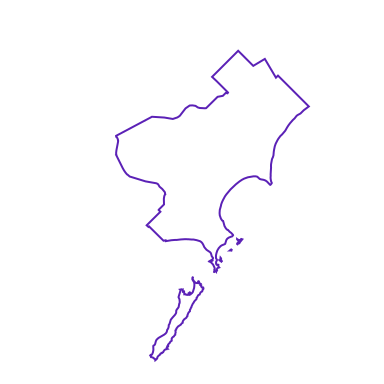 outline of Rockingham, Western Australia, Australia, rotated 225°
{"feature_id": "25037944B36908504302594", "entity_name": "Rockingham", "entity_type": "district", "adm_level": 2, "iso_a3": "AUS", "parent_name": "Australia", "parent_adm1": "Western Australia", "projection": "orthographic", "projection_center": [115.705, -32.307], "detail": "fine", "context": "isolated", "style": "outline", "palette": "violet", "viewbox_px": 384, "rotation_deg": 225, "n_neighbors": 0, "source": "geoboundaries", "source_scale": "gbopen_adm2", "svg_char_len": 5911}
<svg xmlns="http://www.w3.org/2000/svg" viewBox="0 0 384 384"><g transform="rotate(225 192 192)"><path d="M175.8,138.7L172.5,143.3L170.2,146.0L169.0,147.2L166.4,150.5L163.4,153.9L160.7,156.4L158.8,158.0L157.4,159.4L154.7,161.2L152.1,162.6L151.2,163.0L149.8,163.2L148.4,163.1L146.9,162.7L144.2,161.7L140.9,161.4L136.8,162.2L135.9,162.2L135.0,161.9L132.5,160.5L130.7,160.3L130.2,159.9L129.9,159.0L129.9,158.6L130.8,155.0L130.6,155.0L129.7,158.4L129.0,158.1L129.4,156.4L130.0,156.2L130.0,155.8L129.5,155.6L128.1,155.7L125.8,155.6L122.5,154.4L121.6,153.7L121.2,152.7L120.3,152.4L120.2,151.5L119.9,151.1L119.7,151.2L119.8,151.9L119.1,152.7L118.7,152.7L119.0,153.0L119.0,153.3L118.7,153.7L118.9,154.3L119.3,154.3L119.8,154.7L120.1,156.0L120.0,156.8L119.5,157.8L120.0,157.8L120.9,158.4L121.3,158.4L121.8,158.7L122.0,159.1L122.5,158.8L122.7,158.1L123.6,158.0L124.5,158.5L125.6,159.7L126.1,161.3L126.5,161.7L128.3,162.2L130.2,164.1L131.5,166.1L132.7,168.5L133.4,171.2L133.5,174.0L133.2,175.4L132.1,178.0L131.9,178.8L133.7,182.2L134.0,183.4L134.0,184.3L133.7,185.9L132.5,188.6L132.2,189.1L132.4,190.5L132.8,190.7L135.3,190.8L137.2,190.5L139.8,190.6L140.1,190.3L140.6,190.2L142.2,190.2L144.9,190.9L149.5,193.5L150.1,193.2L150.6,193.2L152.7,193.6L155.8,195.1L157.6,196.6L159.7,199.0L161.9,202.9L162.5,203.7L163.5,205.8L164.4,208.2L165.6,212.2L166.0,214.5L166.6,221.1L166.4,228.5L165.9,233.0L165.3,236.0L164.6,238.3L162.9,241.9L159.5,246.7L158.2,248.0L156.8,248.9L156.1,249.0L153.4,249.1L152.2,249.7L149.9,251.3L148.1,252.1L146.2,252.4L141.9,252.3L141.7,252.4L141.6,252.9L141.8,254.5L142.1,254.9L143.3,255.3L144.6,256.1L146.4,257.5L148.1,259.4L148.8,260.0L153.5,265.3L154.3,266.0L155.7,267.5L158.6,271.7L159.0,272.6L159.3,273.6L160.3,275.5L162.5,278.1L163.7,279.7L165.8,282.9L167.0,285.4L168.1,288.8L168.6,290.7L169.1,294.1L169.0,296.3L169.4,301.3L170.4,304.9L170.9,307.2L171.3,309.9L171.6,314.1L171.5,316.5L171.9,319.9L171.7,321.2L170.8,324.2L170.8,328.8L170.3,332.3L169.9,335.1L213.5,335.1L213.5,332.2L234.6,337.6L237.9,324.5L259.2,324.5L259.2,287.6L253.5,287.8L236.9,287.8L236.7,286.9L238.2,285.9L238.2,281.8L241.2,277.4L241.3,261.3L242.0,260.4L245.9,256.9L247.7,255.9L250.4,255.4L252.9,253.6L254.8,251.5L255.7,246.6L254.7,238.8L254.5,237.5L254.7,235.9L255.1,234.3L257.2,230.1L264.2,225.1L273.5,216.9L285.4,178.0L285.3,177.9L284.8,177.6L284.7,177.8L282.5,177.2L280.8,176.3L280.7,176.0L280.1,175.6L279.3,174.5L274.9,168.0L273.3,166.0L272.3,165.1L271.2,164.5L271.3,164.4L257.9,159.9L255.4,159.2L252.7,158.7L250.4,158.5L249.7,158.7L247.0,158.9L232.3,166.7L223.6,172.8L222.8,173.2L221.4,173.5L218.7,172.8L215.2,173.1L211.3,172.7L210.6,172.4L209.6,171.5L209.3,171.5L209.1,170.4L208.7,169.5L207.1,167.3L203.0,163.4L203.0,155.9L202.9,155.7L200.4,155.7L200.5,136.4L198.1,136.5L198.0,137.3L177.7,137.4L176.5,139.2L175.8,138.7ZM106.5,84.9L106.8,86.9L106.1,90.4L106.4,91.7L106.1,92.9L106.3,93.2L107.0,93.9L107.3,94.9L107.5,96.5L107.1,99.0L107.2,99.6L107.6,100.5L107.5,101.1L108.2,101.8L108.8,103.3L109.2,104.3L109.2,106.3L110.1,107.1L110.2,107.8L110.8,109.2L110.9,110.0L111.4,110.7L112.5,113.8L112.6,115.1L112.9,115.6L113.1,116.8L113.1,119.2L113.3,119.8L113.9,120.3L113.9,120.9L114.6,123.2L114.5,124.0L114.1,124.8L114.9,126.9L114.8,128.2L114.5,128.9L115.3,130.3L115.3,131.0L115.5,131.7L116.5,132.4L116.9,132.3L117.4,131.8L117.4,131.6L118.4,131.6L119.2,132.0L119.5,132.6L119.8,132.5L119.9,132.3L120.1,132.2L120.2,132.7L120.8,132.9L120.9,133.2L121.6,133.0L121.5,132.6L122.3,132.4L123.5,133.5L124.2,133.6L124.4,133.3L124.2,132.7L123.8,132.2L123.7,131.5L124.4,130.8L125.0,130.5L126.1,130.3L127.5,130.3L129.6,130.8L130.3,131.3L130.9,132.2L131.2,132.1L131.2,131.9L130.7,131.2L130.0,130.5L129.1,130.2L126.5,129.6L125.0,128.4L124.0,127.3L122.7,125.7L120.7,121.9L120.5,120.4L120.8,119.5L122.6,119.5L122.8,118.1L122.7,118.1L122.4,119.2L122.2,119.3L120.7,119.2L120.6,118.8L120.8,118.1L121.2,117.3L121.8,117.2L121.8,116.9L122.3,116.2L123.4,115.3L123.8,115.1L124.3,115.2L125.1,114.2L127.3,116.1L127.5,115.9L127.3,115.8L127.9,115.0L129.5,116.4L129.6,116.0L130.5,115.9L131.4,114.6L130.9,114.6L130.4,114.1L127.3,108.3L127.0,108.0L125.0,107.3L123.1,105.7L122.3,104.8L122.0,103.9L120.1,101.2L119.8,99.8L119.7,98.5L119.4,97.3L119.1,96.8L117.9,95.5L117.6,94.9L117.2,93.3L117.0,89.6L116.7,86.7L114.7,83.0L114.3,81.4L113.6,80.7L112.7,79.4L112.2,78.0L112.1,77.1L111.0,75.3L110.7,74.4L110.6,73.2L110.8,71.5L112.5,65.1L112.6,62.5L112.1,61.0L110.5,58.3L110.3,57.2L110.6,56.2L110.5,55.7L107.6,53.0L106.2,50.9L105.5,49.2L105.4,48.4L105.5,48.0L106.0,47.7L106.0,46.9L105.3,46.8L104.5,46.4L104.4,46.7L103.0,46.9L102.1,47.5L100.7,47.4L100.2,47.7L99.5,47.5L99.0,47.1L98.9,48.0L98.9,49.3L99.0,49.8L99.3,50.1L99.6,50.6L99.8,51.5L99.9,52.8L99.6,53.9L100.0,55.4L99.8,55.9L99.5,56.3L99.5,56.5L99.7,56.8L99.3,57.1L99.2,58.1L99.1,58.4L99.4,58.9L99.7,60.8L99.6,61.5L99.5,61.9L99.2,62.2L99.1,62.7L98.8,63.0L99.1,63.5L98.6,63.9L99.3,64.0L99.6,63.8L99.8,64.0L99.7,64.9L100.2,65.2L100.1,65.3L99.8,65.3L99.7,66.0L100.0,66.3L100.3,66.1L100.6,66.9L101.0,67.2L101.1,68.5L101.0,69.5L101.3,70.1L101.4,71.2L101.2,72.5L102.6,73.8L102.9,74.6L103.0,75.7L102.7,77.1L103.0,78.2L102.9,79.2L103.8,80.2L104.3,81.2L105.7,82.2L105.9,82.6L105.8,83.4L106.5,84.4L106.5,84.9ZM123.0,188.7L122.3,189.2L122.3,189.5L122.6,190.1L123.0,194.1L124.0,193.6L124.0,193.3L123.6,193.0L123.6,192.4L124.3,191.9L124.6,191.3L125.2,190.9L125.7,190.9L125.9,190.7L126.8,190.6L126.6,190.4L125.0,190.3L123.8,189.8L123.6,188.9L123.7,188.3L123.7,187.6L123.5,187.3L123.2,187.1L122.8,187.2L123.0,188.7ZM122.0,164.2L123.0,164.5L123.3,163.9L123.9,163.9L124.3,163.3L123.1,163.4L123.2,163.5L122.7,163.5L122.6,163.8L122.6,163.5L122.2,163.6L122.3,163.8L122.0,163.9L122.0,164.2ZM123.6,179.1L123.9,178.4L123.6,178.1L123.7,177.6L123.3,178.0L122.7,178.4L122.9,178.8L123.2,178.5L123.3,178.6L123.5,179.1L123.6,179.1ZM124.5,165.6L125.4,165.7L125.1,165.3L124.4,165.4L124.5,165.6Z" fill="none" stroke="#5b21b6" stroke-width="2"/></g></svg>